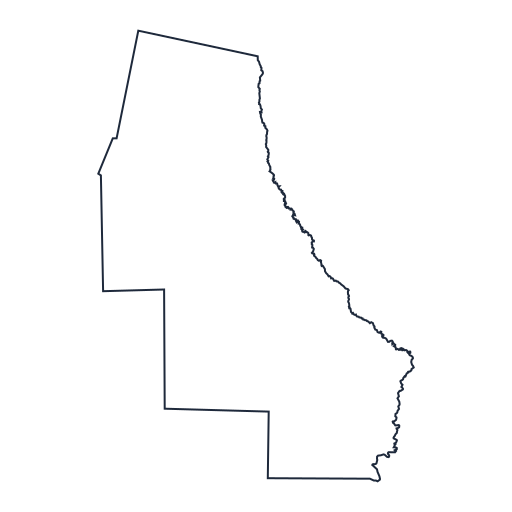 La Paz, Mendoza, Argentina (orthographic projection)
{"feature_id": "61730980B24308348826219", "entity_name": "La Paz", "entity_type": "district", "adm_level": 2, "iso_a3": "ARG", "parent_name": "Argentina", "parent_adm1": "Mendoza", "projection": "orthographic", "projection_center": [-66.916, -33.675], "detail": "fine", "context": "isolated", "style": "outline", "palette": "slate", "viewbox_px": 512, "rotation_deg": 0, "n_neighbors": 0, "source": "geoboundaries", "source_scale": "gbopen_adm2", "svg_char_len": 6100}
<svg xmlns="http://www.w3.org/2000/svg" viewBox="0 0 512 512"><path d="M164.7,408.7L268.7,411.6L267.8,478.2L369.9,478.7L373.8,480.5L375.9,480.5L377.6,481.3L379.9,479.6L380.0,478.9L379.4,476.2L377.5,471.8L377.0,469.3L372.3,465.0L372.5,464.5L373.2,464.1L374.6,464.2L375.8,463.9L376.4,463.4L377.3,459.9L377.0,458.9L377.1,456.6L378.1,455.6L380.8,455.3L383.5,454.4L384.6,454.7L387.1,456.9L388.6,457.1L389.1,456.6L389.2,455.4L387.9,453.7L388.1,452.6L388.6,452.2L395.0,452.3L396.1,450.9L395.8,450.4L395.0,450.5L394.7,450.2L396.8,449.1L396.8,448.0L395.7,447.4L393.8,447.3L394.4,446.3L394.6,445.3L395.3,444.4L394.3,443.8L394.3,443.5L396.0,442.7L396.9,440.5L396.7,439.9L393.7,438.4L393.5,437.9L394.1,436.6L394.8,435.9L395.4,434.4L396.9,432.8L396.9,431.8L397.4,430.2L397.3,429.7L396.5,428.7L396.5,428.4L397.8,428.1L399.1,427.3L399.3,425.8L399.1,425.3L398.2,425.0L397.5,425.3L395.3,425.4L393.9,423.4L393.0,422.8L392.7,421.6L393.1,421.3L393.9,421.6L396.0,419.9L396.4,418.6L396.5,417.4L395.3,416.3L395.5,413.9L396.8,413.1L397.3,412.4L397.5,411.0L399.0,408.9L398.3,406.4L399.5,404.8L399.6,404.0L399.3,401.7L397.5,398.3L398.9,396.3L398.0,393.1L399.4,391.1L399.9,390.8L400.6,390.9L402.9,389.4L403.0,388.8L402.0,387.3L401.4,386.9L402.5,384.8L401.2,383.5L400.4,381.3L400.6,380.8L402.4,379.9L403.1,379.2L403.3,378.0L404.6,376.3L405.0,376.7L405.4,376.6L406.7,373.4L408.3,372.5L408.2,371.8L410.4,371.3L411.4,370.2L411.5,369.1L413.7,367.5L413.1,366.0L412.0,364.7L411.2,362.0L411.7,359.7L412.9,358.5L412.8,357.3L411.6,356.0L409.7,355.2L408.9,353.7L410.3,352.9L410.4,352.2L410.2,351.6L409.1,351.6L407.8,352.6L407.3,352.0L407.3,351.3L407.0,350.6L406.0,350.0L404.5,350.3L403.6,349.2L402.8,350.2L402.2,350.3L401.9,350.0L402.2,348.8L402.0,348.3L401.5,348.1L400.3,348.4L400.0,348.9L400.0,349.8L398.9,349.9L398.7,349.5L397.6,348.9L396.6,349.4L395.9,349.3L395.7,347.3L393.9,346.2L394.2,345.9L394.9,345.8L395.2,345.3L395.2,344.7L394.6,344.5L393.3,343.0L392.3,344.1L392.2,343.5L392.7,341.5L392.0,340.7L391.3,340.7L390.3,340.9L389.3,341.8L388.0,341.9L386.4,339.0L385.7,338.3L383.9,337.6L383.2,337.8L382.5,337.3L382.0,336.0L382.6,335.3L383.3,335.5L383.5,335.1L382.5,334.2L381.5,333.9L381.1,333.4L381.3,331.8L380.7,331.5L379.2,332.8L377.6,332.1L376.8,330.0L375.3,329.6L374.3,327.6L374.6,326.9L374.3,326.1L373.7,325.7L372.9,323.1L371.2,322.2L369.9,323.2L368.3,321.5L367.0,321.1L366.8,320.6L366.0,320.2L365.0,320.2L364.4,319.7L363.2,319.6L362.6,318.4L361.7,318.5L361.3,317.7L359.2,317.4L358.7,316.7L357.0,316.5L356.0,315.2L355.9,314.6L354.9,314.9L353.8,314.4L353.4,313.6L352.6,313.7L352.7,312.9L352.0,313.0L351.0,311.9L350.5,308.7L350.1,308.3L349.3,308.3L349.1,307.8L349.5,307.1L348.9,306.5L349.3,305.7L349.2,304.4L348.9,303.0L348.2,301.8L348.4,300.6L349.0,299.4L348.9,298.7L348.3,297.9L348.4,297.0L349.0,296.1L348.8,295.3L348.1,294.6L347.9,292.5L348.0,291.0L348.7,290.2L348.5,289.9L347.9,289.1L345.5,288.5L343.7,286.3L341.0,284.3L340.3,283.4L338.8,282.6L338.2,281.7L337.6,281.4L336.5,281.4L335.8,280.6L334.2,280.9L332.9,278.6L332.0,278.2L331.1,278.4L330.7,277.1L330.1,276.4L329.3,276.0L328.6,276.3L327.5,274.4L326.2,273.2L325.0,271.2L324.9,269.1L324.4,268.3L322.9,265.9L322.5,265.6L321.7,266.0L321.5,265.7L321.3,263.4L320.9,262.2L321.1,260.8L320.5,260.5L320.4,260.1L319.9,260.1L319.0,260.8L317.8,260.1L317.3,259.0L315.9,257.7L315.5,256.8L314.1,255.8L314.0,255.1L314.4,254.4L314.1,253.7L312.3,253.4L311.9,252.9L313.1,251.4L313.8,248.9L313.0,247.7L312.1,247.5L312.4,244.9L311.7,244.0L311.9,243.3L311.7,242.5L313.0,241.3L313.9,241.4L314.0,240.8L313.7,240.4L313.0,240.4L312.1,239.5L311.9,237.5L311.3,236.8L311.1,235.6L309.9,235.0L308.7,235.4L308.4,235.2L308.3,233.1L307.4,232.2L306.4,232.2L306.1,231.5L305.4,230.9L305.0,231.2L304.9,232.3L304.5,232.5L303.9,231.9L303.0,231.9L302.3,231.5L302.1,230.6L302.9,229.6L301.3,229.0L301.3,228.6L302.3,227.9L302.3,227.6L301.1,227.3L301.2,227.0L300.2,225.8L300.1,224.8L299.1,223.3L298.8,223.4L299.0,221.7L298.4,221.4L298.0,220.5L297.1,220.4L297.8,221.5L297.7,222.0L296.8,222.5L295.8,220.6L295.9,219.3L293.6,218.8L293.4,218.2L293.7,218.0L293.5,217.3L292.8,217.0L292.3,216.2L293.1,215.3L293.1,214.5L293.3,214.2L293.9,214.9L295.0,215.2L294.5,213.6L293.4,212.7L293.8,211.4L292.5,210.4L292.2,209.4L290.7,209.6L290.9,208.6L288.9,208.6L288.1,208.0L288.5,207.5L288.0,206.9L287.3,207.0L287.3,207.5L286.7,207.9L285.4,206.8L285.4,206.0L284.6,205.1L284.6,204.5L284.9,203.5L285.2,203.4L285.8,203.9L286.1,203.3L285.1,202.0L285.3,201.4L284.9,201.0L283.9,201.0L283.9,200.7L284.4,200.4L284.6,199.9L283.8,199.4L283.8,198.7L285.1,197.7L285.1,195.9L284.6,195.4L284.5,194.5L284.2,194.1L283.7,194.6L283.3,194.4L283.8,193.5L282.7,192.5L282.1,192.8L281.7,192.4L282.4,191.4L282.4,191.0L281.4,191.0L281.1,189.7L279.8,189.5L278.8,188.5L278.5,187.4L279.4,186.3L278.1,186.4L277.6,185.6L277.1,183.5L276.5,183.3L275.7,183.5L275.3,183.0L275.3,182.3L274.6,182.8L273.9,182.6L273.9,182.1L273.2,181.3L272.7,180.2L274.0,179.7L274.2,178.8L273.2,178.2L273.6,177.5L273.5,176.1L274.0,175.7L273.9,174.8L272.5,173.4L269.6,171.3L270.2,170.7L270.1,169.9L270.5,169.3L270.2,167.8L270.4,167.1L269.2,164.9L268.9,163.5L268.1,162.9L268.1,162.2L267.5,161.5L268.2,160.7L267.3,159.4L268.5,157.1L267.9,156.3L268.4,155.7L268.8,153.8L268.7,152.7L268.1,152.4L267.8,151.8L268.2,151.4L268.3,149.8L266.1,147.0L266.2,145.2L265.8,144.1L266.4,143.0L266.5,140.6L266.2,140.1L266.6,139.0L266.6,137.2L266.3,136.3L266.4,135.1L267.0,134.0L267.1,131.8L267.5,130.8L266.9,129.4L265.3,127.8L265.4,126.2L264.1,125.6L264.4,124.1L263.6,122.9L262.5,122.7L262.2,121.8L262.0,119.8L260.8,116.6L260.9,114.7L260.8,114.1L260.3,113.7L260.0,112.0L261.5,112.2L261.3,111.2L261.9,109.5L260.8,108.3L260.5,105.9L260.0,104.4L259.1,104.1L259.2,103.4L258.9,102.6L259.4,101.6L259.4,99.8L259.9,98.5L259.3,93.2L259.8,91.5L259.4,90.0L259.8,88.9L258.3,87.1L258.5,84.9L258.7,83.7L259.5,83.3L259.6,81.2L260.2,80.7L259.9,77.4L262.5,74.2L262.9,73.3L262.9,72.4L262.5,71.1L261.3,70.3L261.5,67.9L260.8,67.2L260.8,66.3L259.7,64.3L259.0,61.7L257.8,60.2L257.7,56.3L138.3,30.7L116.6,138.3L112.8,138.3L98.3,173.7L100.9,175.4L103.1,291.2L164.1,289.5L164.7,408.7Z" fill="none" stroke="#1e293b" stroke-width="2"/></svg>